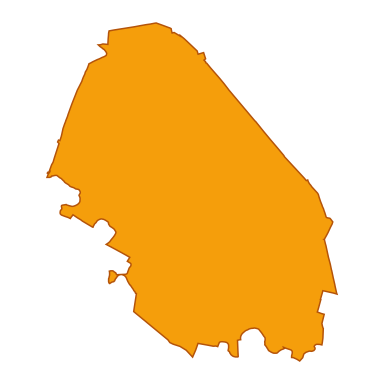 Salcea, Suceava, Romania (Albers equal-area conic projection)
{"feature_id": "2599482B6511307834665", "entity_name": "Salcea", "entity_type": "district", "adm_level": 2, "iso_a3": "ROU", "parent_name": "Romania", "parent_adm1": "Suceava", "projection": "albers", "projection_center": [26.345, 47.647], "detail": "fine", "context": "isolated", "style": "filled", "palette": "amber", "viewbox_px": 384, "rotation_deg": 0, "n_neighbors": 0, "source": "geoboundaries", "source_scale": "gbopen_adm2", "svg_char_len": 5899}
<svg xmlns="http://www.w3.org/2000/svg" viewBox="0 0 384 384"><path d="M321.9,344.9L322.4,342.0L322.9,338.1L323.3,328.4L322.9,327.7L322.4,325.9L321.9,323.5L324.2,314.3L321.3,313.5L317.3,312.0L318.5,308.1L320.8,299.6L320.4,299.5L322.9,290.7L333.6,293.1L337.0,294.1L336.6,293.0L335.1,286.3L334.7,284.2L333.4,278.5L333.2,277.8L333.0,276.7L331.7,270.6L331.4,269.7L330.3,264.3L328.4,257.1L325.9,245.5L325.5,244.2L324.4,239.7L324.0,239.4L324.4,239.3L324.6,239.0L325.0,238.1L325.8,236.7L326.9,234.7L328.0,232.6L330.5,227.2L332.1,224.1L332.8,221.9L330.5,218.9L329.9,218.3L329.5,218.2L327.7,217.9L326.8,217.6L326.5,217.4L326.2,217.1L325.9,216.5L325.7,215.5L324.7,212.4L323.9,210.2L323.5,208.8L322.5,206.7L321.9,204.9L320.6,201.7L319.1,197.2L318.3,194.4L318.0,193.9L317.6,193.2L311.7,186.7L310.7,185.2L309.4,183.7L308.5,182.1L308.0,180.9L307.7,180.0L306.3,180.6L304.4,178.3L284.4,156.7L283.9,155.6L277.8,148.3L270.3,139.5L263.5,131.3L255.7,121.6L255.0,121.0L253.6,119.4L229.2,90.4L224.3,84.0L219.7,78.4L210.9,68.3L206.7,63.2L205.7,62.7L205.6,61.8L204.0,60.1L205.6,58.8L203.6,52.6L198.1,54.2L197.2,51.0L191.2,45.3L184.1,38.6L180.3,35.5L180.4,36.2L174.1,32.5L172.1,33.0L171.6,31.0L171.1,28.6L169.7,27.9L168.8,27.6L163.7,25.7L156.2,23.0L154.2,23.3L150.1,24.1L146.4,24.6L140.2,25.7L134.3,26.8L114.0,30.0L109.1,30.9L108.6,33.0L108.5,35.0L108.2,38.3L108.0,42.0L107.9,43.8L107.9,44.4L103.2,44.0L102.3,44.1L101.7,44.4L100.9,44.6L100.0,44.8L98.3,44.9L100.1,46.6L101.7,47.7L103.3,49.1L103.6,49.1L103.9,49.3L104.9,50.4L105.8,51.6L106.5,52.8L106.7,53.3L106.5,54.3L106.3,55.3L106.1,55.5L105.7,55.8L103.8,56.8L103.1,57.1L102.4,57.3L99.4,58.8L97.3,59.6L92.9,61.7L91.8,62.3L90.4,63.1L89.0,63.7L88.2,66.1L87.0,69.2L86.7,69.8L85.3,72.1L85.0,73.5L84.6,74.5L83.4,77.0L82.5,79.3L81.8,81.4L79.2,86.5L77.3,90.2L74.8,96.6L73.8,99.1L71.8,104.2L68.1,114.4L67.5,116.4L65.6,121.2L65.4,122.1L64.8,123.4L63.0,128.6L61.9,133.8L61.2,136.7L59.9,140.6L58.5,140.1L57.6,142.0L59.0,143.5L54.4,157.8L53.1,162.2L51.6,164.8L49.3,171.2L49.5,171.2L49.4,171.3L49.8,171.5L49.7,171.7L49.3,171.5L49.1,171.7L49.7,172.0L49.0,173.0L47.9,172.3L47.3,173.1L48.3,173.9L47.0,177.4L49.8,177.4L51.4,176.7L51.5,176.6L51.4,176.4L52.0,175.9L52.9,175.9L55.1,175.4L56.4,175.4L57.0,175.5L59.7,177.7L61.2,178.5L62.6,179.9L63.7,181.0L64.2,181.3L64.4,181.9L65.0,182.5L66.1,183.3L67.0,183.8L67.8,184.3L68.6,184.8L69.6,185.9L70.1,186.4L72.3,187.3L72.7,187.3L73.9,187.8L74.7,188.2L75.4,188.8L76.1,189.0L78.1,189.3L79.2,189.9L79.4,190.3L80.1,191.4L80.3,192.3L80.2,193.1L79.9,193.7L79.4,194.4L79.1,195.1L79.0,195.4L79.6,196.7L79.9,197.4L80.1,198.3L80.0,200.5L79.9,201.6L79.6,202.2L79.1,203.0L78.2,203.9L77.3,204.6L76.2,205.2L74.6,205.9L73.2,206.3L72.0,206.4L69.2,205.7L66.6,204.9L66.1,204.5L65.4,204.7L62.7,205.1L62.2,205.3L61.6,205.5L61.5,205.8L61.4,206.3L61.8,208.2L61.8,208.5L61.8,208.8L61.7,209.1L61.4,209.6L60.7,210.2L60.4,210.7L60.2,211.6L60.1,212.8L60.2,213.5L60.3,213.9L61.4,215.0L64.4,216.2L68.5,217.6L69.8,218.3L70.4,218.5L70.7,217.8L71.5,216.8L73.0,214.8L77.9,218.1L80.6,219.7L82.4,221.1L85.4,222.9L92.5,227.1L93.0,227.2L93.6,225.7L94.0,225.1L94.4,224.2L95.0,223.5L95.8,222.8L96.2,222.3L97.1,220.9L98.1,220.1L99.5,219.4L101.1,218.9L103.5,219.3L104.2,219.6L105.6,220.3L107.7,221.7L108.1,222.1L108.4,222.5L108.5,222.9L108.5,223.5L108.6,224.0L109.0,224.7L109.7,225.9L110.1,226.3L110.5,226.6L111.4,227.1L113.8,228.8L114.6,229.8L115.8,231.8L115.9,232.5L115.7,233.3L115.1,234.5L114.3,235.8L113.2,237.3L111.2,239.7L109.6,241.9L107.7,243.4L106.2,244.4L120.9,252.3L129.1,256.9L129.8,257.3L127.3,261.3L130.1,263.0L130.5,263.3L130.9,263.8L131.0,264.3L131.0,264.9L130.9,265.6L130.7,266.1L129.4,267.7L129.1,268.2L127.7,272.1L127.4,273.1L127.0,273.6L126.7,273.9L126.2,274.1L125.3,274.3L116.8,274.7L116.5,274.5L115.7,272.8L114.2,271.9L113.5,271.2L112.9,270.9L112.4,270.8L111.1,270.8L110.2,270.9L109.3,271.2L109.5,271.8L109.6,274.2L109.5,275.5L109.2,276.7L109.0,277.8L108.7,278.4L108.6,278.9L108.6,281.7L108.8,282.4L109.3,283.4L109.6,283.5L109.7,283.2L109.8,283.1L110.4,283.1L111.7,282.2L113.0,281.8L113.7,281.7L113.9,281.3L114.2,281.2L114.6,280.9L115.1,279.6L115.4,279.0L116.5,277.6L116.7,277.3L117.0,276.8L117.8,275.9L118.5,275.3L118.9,275.1L119.7,274.8L121.2,274.5L122.3,274.7L123.6,275.2L124.4,275.6L125.2,276.3L126.1,277.4L127.8,281.4L129.0,283.5L129.6,284.5L130.1,285.1L130.4,285.2L132.2,287.9L132.9,288.8L133.4,289.7L134.0,290.8L134.3,291.1L134.7,291.4L135.1,292.2L135.4,292.8L135.5,293.2L135.8,293.4L136.4,293.5L136.3,294.4L134.3,307.4L133.7,311.6L167.9,339.8L169.9,342.6L173.2,344.2L180.0,346.4L186.2,350.2L192.6,357.1L195.7,350.0L198.0,343.4L208.0,345.2L213.2,346.2L213.8,346.2L215.6,346.0L216.5,346.2L217.7,346.6L218.9,343.5L219.4,342.5L220.2,341.9L220.5,341.8L221.8,341.7L222.4,341.7L225.1,342.0L226.7,342.5L227.5,343.1L228.4,344.3L228.6,345.6L228.6,347.7L228.3,349.5L228.1,350.2L228.2,350.8L228.6,351.1L229.3,351.5L229.8,352.8L231.0,354.7L232.2,355.7L233.3,356.4L235.3,356.9L237.0,356.9L237.9,356.9L238.2,356.5L237.9,350.5L237.5,340.3L239.5,339.8L240.2,339.8L240.7,339.7L240.5,338.3L240.6,337.1L240.9,335.9L241.4,334.9L242.3,333.5L244.7,331.4L245.7,330.6L247.7,329.8L249.3,328.9L251.1,328.4L252.8,328.3L254.4,328.0L255.6,328.2L257.6,328.7L258.7,329.2L261.8,333.1L263.9,336.3L264.9,337.5L265.1,338.1L265.1,339.1L265.2,339.9L264.7,341.8L264.8,342.6L264.9,343.6L264.8,344.8L266.1,346.4L267.4,348.5L268.3,349.9L268.5,350.5L270.9,352.0L272.8,352.9L273.9,353.2L275.5,353.2L276.9,353.1L277.6,352.6L278.9,351.3L280.5,350.2L281.6,349.6L283.1,349.1L284.3,348.5L284.1,348.1L283.5,347.5L283.4,347.2L285.8,348.2L290.9,349.9L291.8,350.7L292.3,351.8L292.2,353.4L291.9,354.7L291.6,355.9L291.6,357.5L293.1,357.6L293.5,357.7L296.8,359.2L299.7,361.0L302.7,357.7L303.7,354.4L304.0,353.8L306.0,352.3L309.3,351.1L311.8,351.3L313.8,350.6L314.9,349.3L315.1,348.1L314.2,346.7L314.4,345.9L315.4,344.8L316.7,344.3L319.6,344.4L321.9,344.9Z" fill="#f59e0b" stroke="#b45309" stroke-width="1.5"/></svg>